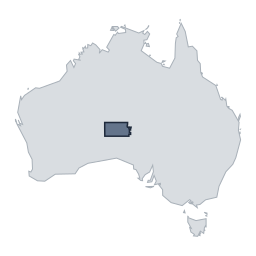 location of Anangu Pitjantjatjara Yunkunytjatjara, South Australia, Australia
{"feature_id": "25037944B76937209298521", "entity_name": "Anangu Pitjantjatjara Yunkunytjatjara", "entity_type": "district", "adm_level": 2, "iso_a3": "AUS", "parent_name": "Australia", "parent_adm1": "South Australia", "projection": "robinson", "projection_center": [130.361, -27.059], "detail": "fine", "context": "in_parent", "style": "filled", "palette": "slate", "viewbox_px": 256, "rotation_deg": 0, "n_neighbors": 0, "source": "geoboundaries", "source_scale": "gbopen_adm2", "svg_char_len": 5042}
<svg xmlns="http://www.w3.org/2000/svg" viewBox="0 0 256 256"><path d="M185.2,31.4L188.3,46.9L192.4,46.2L196.9,50.8L197.5,60.3L200.2,63.6L200.7,72.4L202.6,77.0L215.8,85.5L220.6,99.4L222.1,100.1L222.5,97.7L225.3,100.2L225.8,98.9L226.8,106.0L228.4,108.1L232.2,110.3L239.1,122.3L238.4,130.2L240.6,139.8L235.8,157.7L232.8,164.3L225.9,171.7L219.0,186.3L216.8,197.2L205.6,199.8L199.9,204.5L196.5,205.0L197.3,207.7L192.2,203.7L193.0,202.8L192.7,201.8L191.8,201.8L189.9,203.5L188.7,202.5L190.9,200.8L189.7,199.6L182.2,205.6L171.1,202.6L162.7,195.4L162.6,189.7L158.7,184.6L160.4,184.8L160.4,183.3L154.4,184.8L156.3,181.0L154.1,175.5L151.8,181.8L147.5,182.4L148.2,180.3L150.3,180.3L153.4,171.7L152.7,165.2L149.6,172.0L145.2,174.6L142.2,178.7L142.6,180.7L140.8,180.5L138.0,178.2L139.8,178.1L138.6,174.1L136.0,169.6L133.7,169.0L133.4,165.0L116.6,158.1L88.0,163.3L79.0,168.0L75.1,173.8L55.3,174.2L44.8,181.2L37.5,180.8L29.2,176.0L28.8,171.2L30.9,172.0L32.5,169.1L32.1,159.4L28.4,152.1L26.8,142.9L16.8,123.7L20.5,125.7L18.2,119.9L19.8,123.3L22.6,124.4L17.7,112.4L20.7,95.8L21.5,99.7L24.5,95.4L35.6,87.8L39.5,88.3L59.6,81.0L67.1,71.3L66.5,65.0L70.5,60.5L73.9,67.5L75.6,63.6L73.4,60.8L74.1,59.1L80.7,60.3L78.6,59.6L79.9,56.8L78.7,54.4L82.3,54.0L81.0,52.2L83.9,51.9L82.9,49.3L85.4,46.3L85.6,48.1L87.7,47.9L87.8,44.5L90.8,45.7L92.6,43.0L95.8,44.9L100.0,49.6L99.3,53.3L102.2,49.7L108.2,52.1L109.4,50.1L106.7,47.2L113.8,34.5L115.2,35.3L117.6,32.2L118.4,33.5L125.7,32.5L125.5,29.4L120.6,27.2L121.4,26.4L138.8,33.0L143.9,30.6L142.7,33.1L144.8,34.5L147.4,31.4L149.7,34.0L146.9,39.7L143.9,40.2L144.0,44.3L141.2,50.7L156.9,62.3L161.2,63.5L162.5,66.3L169.6,68.2L174.9,58.1L175.4,43.4L176.2,37.8L178.1,36.5L176.7,34.0L181.2,23.3L185.2,31.4ZM187.8,217.5L196.0,220.6L206.1,218.7L206.1,227.4L205.5,225.8L204.4,227.7L203.7,233.4L200.3,231.1L197.7,236.3L193.5,235.9L194.4,234.4L190.9,232.0L189.7,227.5L191.3,228.3L187.8,222.1L187.8,217.5ZM112.4,26.5L117.5,26.5L119.0,28.1L115.6,31.2L112.4,26.5ZM145.5,186.6L154.0,186.4L150.4,187.8L145.5,186.6ZM148.4,43.4L149.4,46.6L146.2,46.1L146.7,43.8L148.4,43.4ZM238.7,120.9L238.6,117.3L240.0,114.3L240.4,116.4L238.7,120.9ZM204.2,212.3L207.0,213.1L207.0,214.3L204.2,212.3ZM111.9,27.4L113.7,30.5L110.5,30.3L111.9,27.4ZM185.1,212.9L183.5,212.6L184.4,210.5L185.1,212.9ZM165.1,61.0L163.6,61.9L162.0,62.5L162.8,60.7L165.1,61.0ZM16.8,122.8L15.5,121.1L15.4,119.5L15.6,119.4L16.8,122.8ZM206.3,215.5L207.3,216.3L205.3,215.6L206.3,215.5ZM227.8,106.5L229.0,106.5L228.9,108.1L227.8,106.5ZM201.1,72.3L202.4,73.2L202.2,73.8L201.1,72.3ZM200.0,234.2L200.0,235.6L199.0,235.2L200.0,234.2ZM240.1,131.6L240.1,133.6L239.9,133.6L240.1,131.6ZM125.2,26.3L124.4,25.5L124.9,25.0L125.2,26.3ZM148.6,26.5L147.4,28.1L148.8,25.3L148.6,26.5ZM240.4,129.2L239.8,129.9L240.2,129.2L240.4,129.2ZM150.3,55.5L149.6,55.8L150.0,55.0L150.3,55.5ZM145.9,43.3L145.0,43.5L145.5,42.5L145.9,43.3ZM28.4,87.9L28.2,89.2L27.8,89.1L28.4,87.9ZM179.7,22.6L179.7,23.7L179.4,22.9L179.7,22.6ZM191.7,202.3L191.9,203.0L191.6,202.8L191.7,202.3ZM147.1,28.5L145.4,29.6L147.1,28.2L147.1,28.5ZM83.0,47.8L82.4,48.5L82.8,47.6L83.0,47.8ZM200.7,233.2L200.1,233.5L200.5,232.9L200.7,233.2ZM164.3,64.7L163.4,64.7L163.9,64.1L164.3,64.7ZM79.7,53.5L79.2,53.9L79.2,52.9L79.7,53.5ZM204.9,230.2L204.2,230.6L204.5,229.8L204.9,230.2ZM180.3,19.7L180.2,20.4L179.8,20.0L180.3,19.7ZM191.3,203.2L192.0,203.9L190.8,203.7L191.3,203.2ZM217.4,85.4L216.8,85.4L217.0,84.6L217.4,85.4ZM221.9,97.5L221.6,97.5L221.9,96.9L221.9,97.5ZM188.2,216.4L188.0,217.0L187.8,216.3L188.2,216.4Z" fill="#d9dde1" stroke="#a8b0b8" stroke-width="1"/><path d="M104.7,122.5L104.7,122.8L104.7,123.0L104.7,123.3L104.7,123.5L104.7,123.8L104.7,124.0L104.7,124.3L104.7,124.5L104.7,124.8L104.7,125.0L104.7,125.3L104.7,125.5L104.7,125.8L104.7,126.0L104.7,126.3L104.7,126.5L104.7,126.8L104.7,127.0L104.7,127.3L104.8,136.2L115.8,136.2L121.4,136.2L126.8,136.2L128.9,136.2L128.9,135.9L128.9,134.4L129.5,134.4L130.6,134.4L130.6,132.6L129.7,132.6L129.4,132.6L129.4,131.7L129.4,130.8L129.6,130.8L129.6,129.9L129.4,129.5L129.0,129.0L129.0,128.8L129.0,128.4L128.9,128.2L128.8,127.7L129.0,127.1L128.6,127.1L127.5,127.2L127.3,126.9L127.2,126.6L127.2,126.2L127.2,125.6L127.3,125.3L127.4,124.8L127.5,124.8L127.6,122.5L127.4,122.5L127.0,122.5L126.9,122.5L126.1,122.5L124.2,122.5L123.7,122.5L123.4,122.5L121.6,122.5L121.3,122.5L121.1,122.5L119.7,122.5L119.4,122.5L119.2,122.5L118.9,122.5L117.9,122.5L117.6,122.5L117.3,122.5L116.9,122.5L116.1,122.5L115.9,122.5L114.4,122.5L113.2,122.5L112.6,122.5L112.3,122.5L112.2,122.5L111.7,122.5L111.4,122.5L111.2,122.5L110.9,122.5L109.7,122.5L109.4,122.5L108.9,122.5L108.6,122.5L108.3,122.5L108.2,122.5L107.8,122.5L107.7,122.5L107.1,122.5L106.9,122.5L106.6,122.5L106.4,122.5L105.9,122.5L105.4,122.5L104.8,122.5L104.7,122.5ZM129.6,129.9L129.8,129.9L130.5,129.9L130.4,129.4L130.5,129.4L130.6,129.2L131.1,127.2L130.2,127.2L129.7,127.1L129.4,127.2L129.0,127.1L128.9,127.2L129.0,127.2L128.9,127.2L128.8,127.7L128.8,128.0L129.0,128.4L129.0,128.8L129.0,129.0L129.4,129.5L129.6,129.9Z" fill="#64748b" stroke="#1e293b" stroke-width="1.5"/></svg>